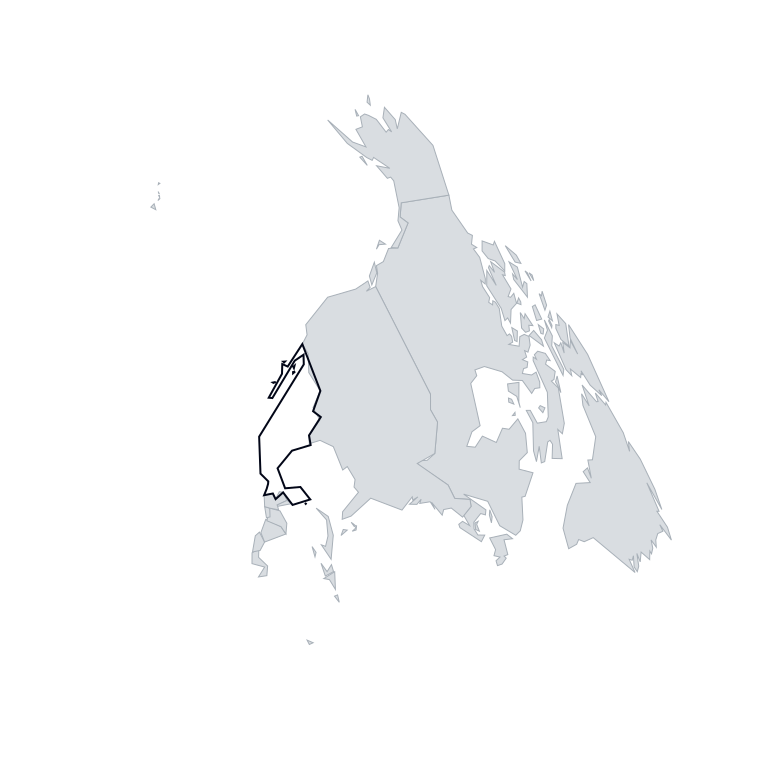 where Mexico sits in North America, rotated 64°
{"feature_id": "MEX", "entity_name": "Mexico", "entity_type": "country or territory", "adm_level": 0, "iso_a3": "MEX", "parent_name": "North America", "parent_adm1": "", "projection": "robinson", "projection_center": [-103.635, 23.63], "detail": "coarse", "context": "in_parent", "style": "outline", "palette": "ink", "viewbox_px": 768, "rotation_deg": 64, "n_neighbors": 17, "source": "natural_earth", "source_scale": "50m", "svg_char_len": 9244}
<svg xmlns="http://www.w3.org/2000/svg" viewBox="0 0 768 768"><g transform="rotate(64 384 384)"><path d="M292.8,348.8L281.7,341.2L274.3,338.9L273.7,330.9L264.2,320.5L267.8,311.9L249.8,291.8L241.0,296.3L228.7,289.1L242.7,242.9L257.5,246.8L285.0,242.6L289.2,239.4L296.7,244.1L302.0,240.8L301.8,244.4L312.2,242.5L333.9,246.8L338.5,249.2L333.2,251.6L339.7,252.7L352.7,251.2L356.5,254.1L360.5,251.7L356.9,249.7L359.3,248.0L366.6,247.3L383.6,252.8L394.5,252.2L394.0,249.2L397.1,248.4L402.8,250.0L403.1,254.5L409.3,246.0L401.0,241.2L400.9,236.2L404.8,232.9L413.1,235.6L418.5,240.7L415.6,243.0L422.3,244.0L422.8,248.9L427.2,245.1L431.9,248.2L431.3,251.8L435.2,255.0L440.6,247.4L440.0,242.1L450.5,243.2L455.7,245.6L454.1,250.5L457.2,255.4L441.5,258.1L436.9,266.7L424.8,272.5L412.3,286.1L411.2,296.1L417.2,297.0L421.5,305.8L463.6,315.9L465.5,325.9L476.3,336.9L480.8,329.7L474.0,318.4L485.8,308.7L475.7,296.9L479.5,291.4L474.0,279.0L490.3,278.4L508.5,285.3L512.3,296.1L519.8,299.9L529.1,289.0L546.8,306.4L546.1,309.7L567.1,318.7L575.7,325.9L577.7,331.9L562.1,342.1L534.9,342.2L517.9,360.7L541.8,347.6L546.1,350.2L542.8,353.9L547.6,363.9L553.8,366.6L560.9,365.8L564.0,359.7L568.4,365.6L546.4,378.7L542.9,378.3L541.9,373.6L548.8,369.1L537.0,369.9L532.2,359.4L525.5,357.3L517.8,370.6L502.9,370.7L471.2,389.0L467.9,387.4L471.5,378.6L468.7,368.8L441.7,352.6L427.6,353.5L413.6,346.7L292.8,348.8ZM451.2,278.3L453.7,276.0L459.0,276.1L455.0,279.8L451.2,278.3ZM457.3,228.9L452.7,224.9L469.3,228.8L461.9,228.6L457.3,228.9ZM468.7,282.4L466.9,278.7L469.7,279.8L468.7,282.4ZM408.9,219.1L407.3,220.8L398.3,219.3L404.5,216.3L408.9,219.1ZM406.9,208.6L399.5,208.4L398.5,207.3L404.9,207.3L406.9,208.6ZM391.3,203.0L401.0,204.9L395.7,207.2L391.3,203.0ZM454.8,219.3L413.0,219.7L407.3,213.5L396.7,211.8L414.5,211.6L423.2,216.5L449.6,216.0L454.8,219.3ZM346.8,206.4L355.9,206.6L344.1,207.7L346.8,206.4ZM351.0,203.1L356.7,204.1L347.6,204.9L351.0,203.1ZM579.4,336.3L576.6,344.4L591.6,347.5L591.3,351.5L594.1,350.5L597.6,356.8L597.0,361.6L592.0,360.8L590.4,355.6L586.5,360.4L581.8,356.3L568.7,356.5L572.8,339.5L579.4,336.3ZM441.7,262.0L459.3,270.7L465.0,271.9L453.3,270.1L444.9,275.3L438.1,272.9L441.7,262.0ZM454.7,232.3L464.0,229.1L498.4,239.2L506.9,245.5L501.0,247.7L529.2,256.6L524.6,265.5L512.0,258.9L507.4,259.5L507.8,262.2L524.2,273.6L523.9,277.2L508.0,271.8L520.6,281.0L509.6,278.9L484.0,267.2L470.1,267.7L471.8,264.1L486.4,263.4L489.0,254.6L485.6,250.8L463.0,240.8L428.4,239.7L425.2,238.1L428.6,236.1L423.6,236.0L421.9,231.5L427.2,225.6L435.8,224.4L433.8,227.3L437.0,230.1L447.7,224.6L454.5,229.3L454.7,232.3ZM401.5,226.0L413.3,223.0L419.9,224.1L404.0,232.3L401.5,226.0ZM312.8,214.4L326.2,208.6L335.6,208.1L331.9,212.7L312.8,214.4ZM252.8,325.1L258.9,321.4L256.6,327.4L259.5,331.7L252.8,325.1ZM369.9,201.2L384.4,203.3L388.2,207.0L370.8,205.0L373.8,203.8L369.9,201.2ZM289.6,351.5L280.5,349.8L270.3,339.3L281.0,341.8L289.6,351.5ZM304.2,222.2L328.8,222.7L335.3,225.9L322.1,230.2L317.0,235.3L307.4,237.5L298.4,233.1L306.9,224.9L304.2,222.2ZM356.4,211.6L368.8,217.0L346.9,221.6L341.5,220.2L348.6,218.3L329.0,218.1L337.4,212.9L357.7,217.0L353.3,213.1L356.4,211.6ZM359.4,227.6L369.6,229.5L372.7,237.1L384.7,243.6L378.8,243.9L380.0,247.5L367.3,245.5L340.7,248.6L327.0,241.8L344.6,239.9L325.3,239.1L323.7,237.5L332.1,235.7L320.8,234.5L336.3,226.6L339.7,227.5L337.8,229.6L354.2,228.2L359.8,234.1L361.6,232.2L359.4,227.6ZM386.6,229.3L382.7,226.4L396.8,224.6L394.7,228.1L400.0,230.0L399.6,234.1L394.0,235.8L379.5,230.2L386.6,229.3ZM365.6,225.3L370.1,225.1L372.7,226.1L369.6,229.1L365.6,225.3ZM379.1,213.5L394.8,213.8L393.8,219.0L379.4,216.7L379.1,213.5ZM396.8,197.8L409.4,194.2L430.9,201.1L421.7,205.4L409.5,205.2L405.9,203.5L408.1,200.9L396.8,197.8ZM411.5,192.1L446.6,188.0L498.5,189.6L483.4,193.4L489.9,193.4L475.5,199.2L458.5,201.1L463.0,201.7L461.1,202.4L464.4,204.4L452.3,209.9L458.8,211.6L450.9,214.1L421.6,212.9L426.6,210.0L424.4,207.0L435.2,208.5L425.0,205.1L433.1,201.0L426.7,197.5L442.0,196.8L424.4,196.6L411.5,192.1ZM479.4,253.8L473.3,255.5L471.9,253.1L476.0,249.8L479.4,253.8ZM394.8,240.9L404.2,245.8L402.1,247.5L389.3,244.4L394.8,240.9ZM543.4,344.1L550.7,345.0L555.9,348.3L547.9,346.7L543.4,344.1ZM548.7,359.6L550.7,362.2L558.1,362.8L554.9,365.4L548.8,363.1L548.7,359.6Z" fill="#d9dde1" stroke="#a8b0b8" stroke-width="1"/><path d="M292.8,348.8L413.6,346.7L427.6,353.5L441.7,352.6L468.7,368.8L470.0,389.0L502.9,370.7L517.8,370.6L525.5,357.3L532.2,359.4L538.1,371.7L525.0,377.9L523.0,385.4L527.4,389.2L511.1,393.1L519.1,393.1L510.1,394.1L507.0,404.2L503.8,401.1L506.6,407.2L503.2,413.8L500.3,403.0L501.0,409.0L497.8,408.1L505.2,423.1L480.8,446.0L488.3,471.5L487.3,480.9L480.7,477.2L470.1,454.4L463.5,456.1L457.2,451.9L442.1,453.2L443.2,458.8L418.1,457.0L406.6,466.2L404.9,477.3L397.7,474.4L388.3,457.5L374.2,458.2L362.1,444.3L340.8,446.6L323.6,438.9L312.3,439.9L306.1,431.6L296.4,428.3L281.3,396.6L286.3,367.8L284.3,353.3L291.1,354.1L292.9,359.2L292.8,348.8ZM242.7,242.9L228.7,289.1L241.0,296.3L249.8,291.8L267.8,311.9L264.5,317.7L253.5,300.4L243.4,299.9L232.2,293.1L205.7,286.2L201.0,287.3L200.6,290.8L184.6,295.0L192.7,284.2L175.8,294.0L177.8,296.6L172.8,300.3L151.7,311.5L122.0,318.9L152.7,306.2L163.0,296.3L142.8,297.6L143.4,290.7L133.5,288.1L132.8,283.1L135.7,280.2L142.8,274.9L158.6,271.7L157.2,268.5L160.8,266.6L144.3,268.3L135.5,262.3L151.3,258.0L160.5,260.2L147.4,249.4L150.8,246.9L191.0,235.4L242.7,242.9ZM117.0,271.7L121.5,272.1L127.4,274.1L123.3,275.7L117.0,271.7ZM121.2,511.6L127.3,512.7L122.8,516.0L121.2,511.6ZM119.2,504.3L120.0,506.8L118.7,504.8L119.2,504.3ZM116.2,503.2L118.4,504.0L115.8,503.8L116.2,503.2ZM112.0,502.6L114.3,502.6L114.0,502.9L112.0,502.6ZM105.4,497.5L105.8,499.5L104.3,498.4L105.4,497.5ZM124.5,289.6L131.7,289.2L131.2,291.1L124.5,289.6ZM169.7,303.9L180.2,303.2L169.5,306.3L169.7,303.9Z" fill="#d9dde1" stroke="#a8b0b8" stroke-width="1"/><path d="M530.5,511.6L530.9,520.9L517.5,519.2L527.7,517.4L523.3,510.4L530.5,511.6Z" fill="#d9dde1" stroke="#a8b0b8" stroke-width="1"/><path d="M532.5,523.4L531.1,510.6L547.3,517.7L535.9,518.8L532.5,523.4Z" fill="#d9dde1" stroke="#a8b0b8" stroke-width="1"/><path d="M493.9,474.1L498.9,471.7L499.1,473.2L493.9,474.1ZM499.1,470.6L503.0,473.1L502.4,477.1L501.4,473.5L499.1,470.6ZM496.9,484.4L499.2,481.1L501.3,489.0L496.9,484.4Z" fill="#d9dde1" stroke="#a8b0b8" stroke-width="1"/><path d="M542.8,189.6L563.9,186.6L597.3,186.7L618.6,189.3L588.0,191.1L619.0,192.6L618.0,194.5L637.0,192.0L650.3,194.1L631.3,197.8L638.6,197.9L638.4,203.5L643.3,208.1L650.0,210.8L641.2,212.3L649.4,214.4L653.9,218.0L650.7,218.3L658.3,222.2L647.8,226.6L656.2,231.7L647.1,231.0L659.4,234.9L663.7,238.6L658.1,239.4L647.7,235.1L651.2,238.2L649.0,240.5L663.5,241.0L613.8,263.3L613.5,273.2L609.1,277.2L612.5,281.1L613.0,290.2L592.1,286.3L573.4,272.4L557.5,255.0L563.0,241.9L550.1,243.4L548.6,237.9L559.6,239.0L541.7,234.1L543.5,229.9L524.2,216.8L490.5,214.6L479.4,210.7L493.7,209.2L471.7,206.4L493.1,200.8L493.6,199.3L484.7,198.0L500.0,194.0L497.8,192.5L532.7,190.3L552.2,192.8L542.8,189.6Z" fill="#d9dde1" stroke="#a8b0b8" stroke-width="1"/><path d="M504.9,573.3L502.4,581.4L496.2,571.5L487.6,581.4L477.9,576.6L477.4,568.8L484.8,572.7L496.6,568.4L504.9,573.3Z" fill="#d9dde1" stroke="#a8b0b8" stroke-width="1"/><path d="M479.3,568.3L477.3,575.8L464.0,566.2L462.5,560.9L473.7,560.6L479.3,568.3Z" fill="#d9dde1" stroke="#a8b0b8" stroke-width="1"/><path d="M473.7,560.6L463.6,559.8L453.8,549.6L467.1,539.1L475.8,537.9L473.7,560.6Z" fill="#d9dde1" stroke="#a8b0b8" stroke-width="1"/><path d="M475.8,537.9L467.1,539.1L455.6,549.2L445.5,541.1L452.4,533.1L466.6,532.4L475.8,537.9Z" fill="#d9dde1" stroke="#a8b0b8" stroke-width="1"/><path d="M445.5,541.1L453.5,544.7L452.7,548.3L441.9,545.0L445.5,541.1Z" fill="#d9dde1" stroke="#a8b0b8" stroke-width="1"/><path d="M431.4,540.5L433.6,532.0L439.9,531.9L434.9,525.3L437.1,522.2L446.1,522.2L445.9,533.0L450.9,533.9L445.5,541.1L441.9,545.0L431.4,540.5Z" fill="#d9dde1" stroke="#a8b0b8" stroke-width="1"/><path d="M446.1,522.2L451.1,519.2L447.4,533.0L445.9,533.0L446.1,522.2Z" fill="#d9dde1" stroke="#a8b0b8" stroke-width="1"/><path d="M553.2,518.2L560.6,519.9L553.0,521.5L553.2,518.2Z" fill="#d9dde1" stroke="#a8b0b8" stroke-width="1"/><path d="M498.6,519.9L505.6,518.9L509.1,521.8L498.6,519.9Z" fill="#d9dde1" stroke="#a8b0b8" stroke-width="1"/><path d="M478.6,492.2L497.7,495.9L518.4,508.4L501.1,510.8L504.3,507.7L496.1,501.0L481.0,495.2L465.8,499.4L478.6,492.2Z" fill="#d9dde1" stroke="#a8b0b8" stroke-width="1"/><path d="M580.5,565.4L585.5,561.1L585.4,565.3L580.5,565.4Z" fill="#d9dde1" stroke="#a8b0b8" stroke-width="1"/><path d="M312.3,439.9L362.3,444.2L377.4,459.7L386.0,455.3L397.3,473.9L406.7,476.7L403.6,495.9L413.1,516.6L434.4,518.6L439.9,504.3L455.4,500.9L452.6,519.2L437.2,522.2L440.0,531.9L433.7,531.9L431.4,540.5L426.8,535.4L423.0,532.0L420.8,530.7L410.4,534.3L376.6,519.3L331.2,447.5L322.4,443.5L323.9,454.0L347.7,490.5L345.8,493.6L330.1,471.2L321.5,466.7L326.1,462.9L312.3,439.9ZM333.9,458.5L334.5,461.0L333.4,460.5L333.9,458.5ZM330.2,458.0L328.8,458.0L328.4,456.5L330.2,458.0ZM457.4,506.9L456.3,507.2L457.3,506.7L457.4,506.9ZM334.5,482.9L334.0,483.2L334.7,480.4L334.5,482.9ZM320.8,464.3L319.8,464.7L320.4,463.2L320.8,464.3Z" fill="none" stroke="#020617" stroke-width="2"/></g></svg>